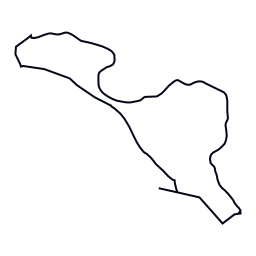 the district of Grande Riviere, Dennery, Saint Lucia
{"feature_id": "8701671B60568978044101", "entity_name": "Grande Riviere", "entity_type": "district", "adm_level": 2, "iso_a3": "LCA", "parent_name": "Saint Lucia", "parent_adm1": "Dennery", "projection": "albers", "projection_center": [-60.932, 13.933], "detail": "fine", "context": "isolated", "style": "outline", "palette": "ink", "viewbox_px": 256, "rotation_deg": 0, "n_neighbors": 0, "source": "geoboundaries", "source_scale": "gbopen_adm2", "svg_char_len": 2158}
<svg xmlns="http://www.w3.org/2000/svg" viewBox="0 0 256 256"><path d="M21.0,66.6L23.2,66.0L44.3,69.1L69.7,78.4L76.9,85.1L94.4,97.1L111.3,105.8L111.4,106.5L112.7,107.3L114.5,108.4L115.6,109.4L120.8,114.1L124.7,119.1L129.2,126.7L134.3,137.3L136.8,142.3L140.0,147.4L143.5,151.8L145.0,152.9L147.0,154.1L149.2,156.1L150.5,157.3L153.5,160.8L154.8,162.6L155.8,164.0L163.1,170.7L168.2,176.2L172.7,179.8L173.3,179.9L174.6,180.2L174.8,182.5L175.0,183.8L176.4,189.5L177.6,192.4L158.7,188.2L178.0,192.5L199.5,197.4L222.6,223.5L227.5,219.7L234.6,214.3L240.5,213.5L240.6,213.0L240.4,212.5L238.6,213.2L240.6,210.7L238.9,208.0L237.8,207.0L234.9,203.5L233.1,200.0L230.7,196.9L228.1,193.8L224.5,190.0L222.4,188.4L219.7,185.2L218.3,181.9L217.4,179.2L217.2,177.6L216.5,174.5L215.5,172.0L215.0,169.7L214.9,168.5L214.1,166.6L212.3,164.9L210.5,162.9L210.5,161.7L210.1,160.4L210.0,158.9L210.4,156.2L211.4,154.3L213.0,152.7L215.8,151.1L217.5,150.2L219.3,148.9L221.4,147.1L224.5,143.9L225.8,140.8L226.7,136.4L226.6,133.9L226.2,129.9L225.6,126.0L225.6,124.2L225.9,123.0L227.6,119.4L227.9,118.3L227.7,115.9L227.3,111.6L227.3,107.6L227.3,100.8L226.7,97.0L225.9,94.6L224.0,92.4L222.5,91.6L219.2,90.0L213.4,87.2L206.8,84.0L204.1,82.5L202.0,81.6L200.3,81.4L198.3,81.4L195.3,82.2L193.1,83.1L190.1,84.7L188.0,84.8L185.3,84.2L183.4,83.2L177.9,80.1L177.2,80.1L175.8,80.5L173.9,81.6L171.3,83.7L168.5,86.1L163.7,91.4L161.4,93.6L157.5,96.1L156.0,96.5L147.0,96.8L145.3,96.9L143.8,97.5L141.4,99.6L139.7,100.5L138.6,100.9L135.2,101.5L131.1,102.3L128.9,102.5L125.7,102.3L123.3,101.9L117.0,100.7L112.8,99.1L108.6,96.9L104.6,94.3L102.3,92.3L100.4,89.8L98.9,86.7L98.5,83.6L98.4,78.6L98.5,74.8L99.0,73.2L99.8,72.0L101.7,70.4L106.5,67.3L108.4,66.7L110.3,66.0L111.7,65.2L113.0,64.4L113.9,62.9L114.4,61.5L114.6,60.2L114.5,57.7L114.3,54.7L112.4,52.0L110.5,50.4L107.7,48.8L102.5,46.5L97.8,45.0L90.9,43.0L83.7,41.4L81.8,41.1L80.3,40.4L75.7,37.1L72.6,35.0L69.0,33.2L66.6,32.5L66.0,32.6L64.3,32.8L62.0,33.6L59.2,34.4L56.0,34.4L51.4,33.4L48.6,33.5L43.3,35.2L38.5,37.1L34.6,38.0L31.5,37.8L31.0,36.4L30.9,35.5L28.0,38.0L16.0,46.7L15.4,54.2L20.2,64.1L21.0,66.6Z" fill="none" stroke="#020617" stroke-width="2"/></svg>